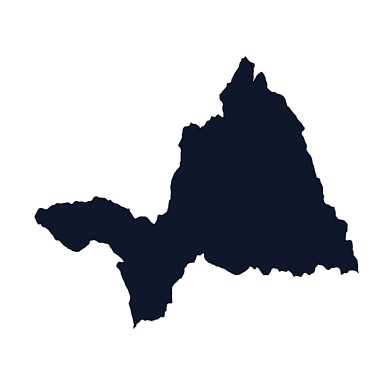 Aija, Áncash, Peru (Equal Earth projection), rotated 355°
{"feature_id": "86281439B16913171463289", "entity_name": "Aija", "entity_type": "district", "adm_level": 2, "iso_a3": "PER", "parent_name": "Peru", "parent_adm1": "Áncash", "projection": "equal_earth", "projection_center": [-77.714, -9.768], "detail": "fine", "context": "isolated", "style": "filled", "palette": "ink", "viewbox_px": 384, "rotation_deg": 355, "n_neighbors": 0, "source": "geoboundaries", "source_scale": "gbopen_adm2", "svg_char_len": 6043}
<svg xmlns="http://www.w3.org/2000/svg" viewBox="0 0 384 384"><g transform="rotate(355 192 192)"><path d="M312.5,165.8L312.1,165.7L310.9,164.1L309.6,161.2L308.9,160.2L308.9,159.4L309.7,156.6L309.5,154.4L308.7,152.8L307.5,147.8L306.1,145.1L305.4,143.4L306.2,141.4L306.9,140.5L308.5,139.6L309.1,138.5L309.0,137.6L307.9,136.4L306.3,133.1L302.7,128.7L301.7,125.6L298.3,121.2L297.4,119.3L296.4,118.2L295.8,116.6L293.6,114.9L293.1,111.2L292.6,109.8L292.7,108.4L290.9,105.1L288.8,103.4L285.9,102.5L283.0,100.4L281.5,100.0L280.2,100.4L279.7,100.2L279.4,99.4L276.0,96.0L275.2,94.0L275.8,91.2L275.4,89.4L274.6,87.4L274.5,84.6L273.3,81.4L271.9,79.2L271.1,79.1L270.1,80.2L268.6,80.8L267.1,82.1L265.3,85.1L264.4,85.9L263.1,87.9L262.6,88.0L261.8,87.3L261.5,86.2L262.5,84.3L262.7,82.7L262.9,78.5L263.4,77.1L263.4,74.3L264.7,72.0L264.8,70.5L264.1,69.4L261.0,68.3L258.6,65.3L257.3,63.0L256.8,62.5L256.3,63.4L255.8,63.7L253.6,64.0L253.3,64.3L253.1,65.9L251.4,67.9L250.0,72.2L245.8,77.3L241.9,83.5L241.4,85.5L240.6,86.8L239.7,87.1L236.9,87.4L236.2,90.1L235.4,91.3L231.3,95.1L230.4,96.5L228.6,97.5L228.4,101.8L228.7,102.9L230.0,104.0L230.5,104.9L231.0,106.1L231.2,107.3L231.1,108.7L230.5,109.4L230.1,112.9L231.0,116.1L230.7,117.8L230.8,119.4L230.3,120.5L229.5,121.1L228.3,120.8L225.9,118.9L224.9,117.7L224.3,117.8L222.0,120.0L220.3,120.0L218.4,119.0L218.1,119.2L217.7,120.4L216.7,122.1L215.9,122.9L213.4,123.2L211.7,126.0L209.4,128.3L207.7,128.5L206.1,129.9L205.2,129.9L204.3,127.9L202.4,126.0L200.6,125.1L199.3,125.3L197.2,123.6L196.0,125.8L195.1,126.6L192.7,127.0L190.9,126.8L189.6,127.8L188.9,129.1L188.5,131.7L187.5,134.3L187.5,137.1L185.7,140.3L183.1,144.2L183.2,144.7L184.9,146.6L185.4,150.0L184.8,152.7L184.1,160.2L183.0,162.5L183.0,165.2L181.6,167.1L179.1,169.2L178.7,170.1L177.5,171.0L176.4,172.3L173.2,178.9L172.4,182.5L171.6,184.6L171.7,190.8L171.0,194.5L170.9,196.6L170.6,197.7L169.3,198.7L168.6,200.6L167.5,206.2L166.7,207.5L166.5,208.8L165.6,210.1L161.5,212.6L160.1,213.0L159.0,213.0L157.5,212.4L156.4,212.8L155.5,216.6L153.7,219.6L152.2,221.2L150.9,221.3L148.6,219.6L145.0,214.3L143.0,213.0L137.7,212.6L134.0,214.3L132.9,214.3L132.1,213.8L130.9,212.2L129.6,209.1L128.4,207.4L127.8,206.1L127.5,203.7L126.1,204.0L121.9,201.5L119.3,200.5L118.2,199.1L116.5,197.9L112.8,196.7L111.5,195.6L109.8,193.4L108.0,194.1L107.5,194.0L104.5,191.1L98.8,190.1L96.4,188.7L94.6,188.9L92.0,192.1L90.9,192.6L89.9,192.9L88.2,192.7L84.6,193.9L81.6,192.5L78.7,192.7L76.5,191.7L74.9,191.6L71.5,194.5L69.6,193.7L68.9,192.9L67.3,192.2L60.1,192.9L57.6,192.1L56.5,192.1L55.9,192.2L54.2,193.6L52.2,193.6L51.0,194.0L46.8,197.0L45.7,197.3L44.1,197.1L40.6,195.5L38.7,195.6L38.0,196.2L35.2,200.3L33.7,203.2L35.4,208.5L36.3,209.9L36.6,210.2L38.6,210.0L39.2,210.5L40.1,212.6L40.8,213.2L44.0,214.4L44.5,215.5L45.1,215.7L46.4,217.0L48.4,220.5L50.5,222.9L51.6,226.1L52.4,227.3L53.4,227.8L55.2,227.9L56.2,228.5L60.0,233.6L62.8,235.6L63.8,236.9L66.8,238.5L68.4,239.8L72.0,241.0L74.2,240.8L75.2,240.0L80.7,237.1L82.7,235.4L83.8,235.0L84.4,234.4L85.7,231.1L90.1,230.5L93.0,231.8L94.5,233.2L95.7,233.9L99.1,234.0L101.2,235.1L104.2,235.7L105.2,236.9L106.6,240.0L107.8,241.7L109.1,244.9L113.6,248.6L117.4,252.7L118.4,254.5L118.6,255.5L118.1,256.6L115.5,256.6L113.8,255.9L113.0,255.9L111.9,257.1L110.9,258.8L110.9,259.5L113.4,262.6L114.7,265.2L114.6,267.2L115.1,268.4L115.3,270.2L117.7,276.6L118.2,279.1L120.1,282.9L121.9,289.6L122.0,291.9L121.6,294.1L119.9,297.6L121.0,301.9L121.6,306.5L121.7,308.6L123.0,314.3L122.8,316.3L123.4,317.9L123.4,318.8L122.6,321.5L124.0,320.5L124.3,319.1L124.7,318.4L126.4,317.0L127.8,316.5L129.3,314.7L130.6,314.0L131.4,314.0L132.7,314.4L134.2,315.5L136.9,314.8L138.5,315.7L139.5,315.6L140.7,316.5L141.9,315.7L143.2,315.9L144.3,315.2L145.5,315.3L146.7,315.1L150.2,312.9L151.1,313.0L152.0,313.6L152.8,313.4L153.4,312.0L153.7,309.1L154.2,308.3L155.6,307.7L155.5,305.7L156.5,303.1L156.3,301.1L157.3,301.0L158.2,300.0L159.3,300.3L161.8,300.3L162.1,299.9L162.1,297.0L162.4,292.1L162.8,290.7L162.5,289.2L163.0,287.3L163.3,284.6L165.9,281.4L168.5,279.7L171.7,276.6L173.1,276.6L174.2,275.5L176.3,272.0L176.9,269.8L177.1,267.4L178.0,266.2L179.5,265.2L179.8,264.0L180.3,263.4L182.7,261.9L186.0,261.6L187.6,261.8L189.7,257.9L190.4,255.9L191.3,254.9L192.4,254.7L194.6,255.2L197.2,253.4L198.9,253.5L199.5,253.9L199.1,257.6L199.7,259.5L200.3,260.6L202.8,263.3L204.2,263.8L206.4,265.4L208.3,265.8L209.3,267.0L210.1,267.5L212.8,268.1L214.1,269.2L217.8,270.6L221.0,273.5L222.3,274.1L226.0,276.7L228.5,277.9L232.1,277.7L238.8,274.5L241.4,272.4L242.8,270.6L243.7,270.1L246.4,272.3L247.0,273.3L247.5,273.6L248.1,273.7L249.1,272.1L249.7,271.9L250.2,271.9L251.3,272.6L252.3,273.5L255.7,279.7L256.7,280.5L258.8,280.4L259.6,280.8L260.8,280.5L262.8,277.8L264.2,275.2L266.3,274.0L266.9,274.0L268.2,274.9L270.2,275.1L270.8,275.5L271.6,276.4L272.3,278.2L274.8,277.5L278.8,279.1L280.3,278.1L281.3,277.8L282.2,278.4L285.3,281.6L286.0,284.1L286.4,284.6L287.7,283.9L288.7,283.8L293.0,285.3L294.5,284.0L295.4,282.5L296.2,281.8L298.6,281.6L300.9,283.9L301.9,284.4L303.5,283.2L305.9,282.4L307.1,280.5L307.4,278.3L308.0,277.4L310.2,275.3L311.5,274.7L316.3,276.0L320.0,280.4L320.7,280.8L322.2,280.6L324.3,278.8L326.0,279.3L329.8,278.8L331.0,279.2L332.2,280.0L333.6,281.9L333.8,286.1L334.1,286.7L336.7,285.1L339.1,285.7L340.8,283.9L342.1,283.1L345.5,283.4L347.5,283.9L349.0,284.7L350.1,285.8L349.9,283.0L350.3,279.8L350.1,274.5L348.8,272.1L346.6,269.0L347.0,266.2L346.9,265.3L346.3,263.9L346.3,262.7L346.8,260.1L346.5,255.6L346.1,254.9L345.1,254.3L344.4,254.1L342.5,254.6L340.0,253.8L341.2,245.9L342.8,244.0L343.2,239.7L343.5,238.2L343.0,237.0L340.8,234.2L335.0,232.4L333.5,230.3L332.3,227.8L332.7,224.9L332.3,222.8L331.8,221.4L331.8,219.8L330.6,219.8L328.8,219.1L328.1,218.2L327.2,217.8L326.4,217.0L324.2,216.6L322.2,213.8L321.7,209.7L322.6,208.1L322.1,206.4L321.7,205.9L321.6,204.7L321.9,203.1L322.1,198.2L321.5,197.1L321.2,195.5L320.5,194.4L319.7,190.2L316.7,188.9L316.5,185.7L315.9,183.5L314.9,176.2L314.2,174.9L313.7,169.4L312.5,165.8Z" fill="#0f172a" stroke="#020617" stroke-width="1.5"/></g></svg>